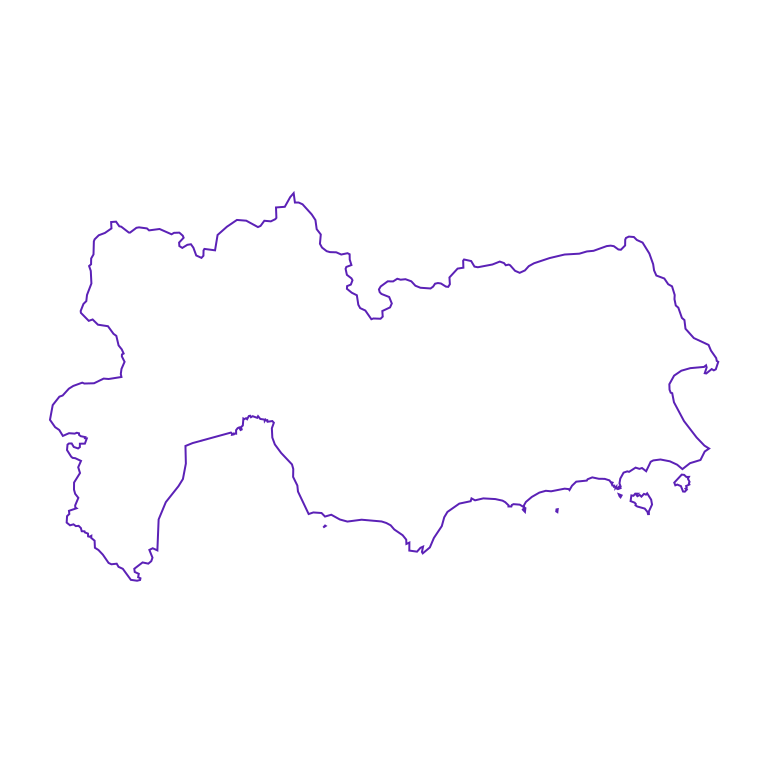 outline of Ketapang, Kalimantan Barat, Indonesia, rotated 269°
{"feature_id": "22746128B56277764926455", "entity_name": "Ketapang", "entity_type": "district", "adm_level": 2, "iso_a3": "IDN", "parent_name": "Indonesia", "parent_adm1": "Kalimantan Barat", "projection": "albers", "projection_center": [110.267, -1.697], "detail": "fine", "context": "isolated", "style": "outline", "palette": "violet", "viewbox_px": 768, "rotation_deg": 269, "n_neighbors": 0, "source": "geoboundaries", "source_scale": "gbopen_adm2", "svg_char_len": 6092}
<svg xmlns="http://www.w3.org/2000/svg" viewBox="0 0 768 768"><g transform="rotate(269 384 384)"><path d="M255.3,306.4L256.8,311.1L256.1,319.3L252.5,322.7L254.2,329.0L249.3,337.5L247.1,345.0L248.7,359.2L246.6,379.2L245.0,383.9L242.6,388.2L238.4,391.7L232.5,400.0L228.0,403.5L223.7,403.6L225.0,406.6L217.0,406.4L215.8,414.1L219.6,417.6L220.7,420.2L215.4,419.0L214.0,419.8L219.8,427.0L229.2,431.2L240.9,439.3L249.7,441.9L255.0,445.2L263.1,457.2L265.3,468.6L268.1,469.5L266.1,473.0L267.9,481.3L267.0,493.3L265.3,500.5L263.7,503.2L260.5,506.4L259.4,506.3L259.3,509.2L260.8,509.7L261.6,511.4L261.0,517.6L258.6,521.4L257.5,521.9L256.0,520.6L253.7,522.7L257.4,523.2L257.9,522.2L260.0,521.7L263.6,523.8L268.5,529.8L272.7,537.4L274.4,543.9L273.8,549.2L276.2,562.8L275.7,566.8L274.7,567.6L279.0,570.2L283.0,574.5L283.9,585.1L285.2,585.9L287.0,590.6L285.5,597.1L285.3,603.0L283.7,607.7L281.0,609.6L281.8,609.7L281.4,610.8L280.1,610.0L278.5,610.6L278.4,612.3L277.2,612.2L277.2,613.7L276.1,613.6L277.2,614.5L275.6,614.4L275.1,615.5L277.3,617.2L277.7,618.7L280.6,617.7L285.3,618.6L291.2,622.0L292.4,625.7L291.9,627.5L296.0,634.1L294.7,637.9L295.5,640.5L292.2,644.6L301.6,649.3L302.9,651.9L303.7,659.1L301.7,668.5L298.2,675.7L293.7,680.9L299.5,688.6L302.5,699.1L310.9,703.5L313.8,707.9L316.8,703.3L325.1,695.6L341.7,683.3L360.7,673.6L369.8,672.0L370.3,670.5L373.3,669.4L378.8,669.3L387.3,674.2L392.1,681.5L394.5,690.5L395.5,704.3L397.1,706.3L395.0,706.9L389.2,704.9L388.9,706.4L393.2,711.9L391.9,714.0L392.9,716.0L400.3,718.6L401.3,717.1L404.1,716.6L411.7,711.5L417.4,709.2L424.5,694.6L434.0,686.4L442.7,685.5L444.9,683.0L455.2,679.6L457.4,677.1L463.8,675.9L467.9,676.2L476.6,673.7L478.8,669.9L484.6,666.1L487.7,658.2L492.9,656.0L499.1,655.2L509.8,651.6L520.9,645.0L523.6,639.3L526.6,636.4L527.1,631.4L525.8,628.5L524.1,627.7L518.3,627.5L514.1,623.2L514.4,620.7L517.8,616.2L518.4,613.0L518.0,609.1L513.5,595.8L513.0,589.2L510.9,581.6L510.3,566.8L507.0,551.7L502.1,536.1L499.3,530.8L495.1,526.9L492.8,521.6L494.9,517.0L500.5,512.2L501.2,510.8L500.6,507.8L502.8,506.1L504.4,501.9L501.6,494.5L499.1,479.9L499.8,476.5L505.4,473.3L507.1,466.2L505.9,465.3L498.9,465.4L498.1,459.6L489.4,451.3L482.6,451.6L480.0,449.9L480.3,447.6L483.5,442.7L484.0,439.7L483.4,436.8L480.5,434.8L478.7,432.2L479.6,422.1L481.7,417.1L486.2,413.1L488.4,407.3L488.0,402.4L489.0,399.1L486.4,394.9L486.6,389.5L481.6,382.4L478.7,380.6L475.9,381.3L474.1,383.0L470.9,390.7L464.4,393.2L460.5,391.4L457.0,383.6L451.4,383.9L449.3,381.7L449.7,374.6L449.0,372.5L457.8,366.6L460.3,361.5L463.7,359.7L473.2,358.4L475.8,353.4L479.8,348.6L482.5,348.8L484.0,352.6L488.3,354.3L490.2,353.3L493.8,348.8L499.8,347.6L501.7,348.4L503.5,353.5L509.0,351.9L514.3,351.9L515.4,349.8L514.2,343.5L516.5,338.6L516.8,332.3L517.8,329.0L521.5,324.4L525.3,322.4L534.6,323.4L540.0,319.4L549.1,318.3L554.8,314.7L565.1,305.7L566.9,301.9L567.0,298.1L576.4,297.0L572.5,293.5L562.9,287.9L562.4,279.1L552.0,279.3L550.7,278.2L548.6,273.7L549.3,267.2L544.2,263.3L543.1,260.7L549.7,249.1L550.6,239.8L544.0,229.7L535.9,220.2L520.6,217.4L522.2,206.8L520.7,205.9L515.4,205.7L513.3,203.7L515.8,198.5L523.6,195.8L527.1,193.4L526.6,189.8L523.6,184.7L525.5,181.8L529.0,181.6L533.7,186.2L535.8,185.4L538.9,182.0L538.8,176.7L537.4,174.2L542.9,162.3L541.7,151.8L543.7,149.7L544.9,141.8L544.5,139.2L539.8,132.7L539.9,131.5L545.9,124.0L546.3,122.1L551.0,118.9L550.7,114.0L544.3,114.2L539.9,107.6L537.7,101.4L533.7,97.2L531.7,96.4L518.6,95.8L514.6,93.4L508.8,93.2L507.1,91.2L502.2,92.8L489.6,93.2L478.2,88.6L472.1,87.8L469.3,84.9L462.3,82.0L460.4,82.2L452.3,89.9L453.6,93.8L448.3,99.0L446.6,109.0L438.9,114.4L436.8,117.2L427.2,119.3L423.2,122.4L419.0,124.2L418.1,122.5L416.1,122.4L410.7,125.0L403.7,121.8L398.6,121.0L395.6,121.6L393.8,108.8L394.3,103.8L389.8,94.1L389.7,84.4L390.6,82.3L387.5,73.3L384.8,68.8L378.1,62.5L377.0,59.2L368.7,52.4L354.0,49.4L346.6,54.4L343.7,58.5L337.7,62.0L340.3,68.2L339.8,73.9L340.6,76.0L340.0,78.2L338.5,78.2L337.1,79.9L336.1,84.5L335.0,84.1L334.8,85.9L329.6,83.9L329.6,78.9L326.2,78.8L324.9,77.0L326.5,72.7L330.0,70.7L330.0,67.9L328.9,66.5L323.5,65.9L316.9,69.9L315.6,71.3L315.2,74.0L312.4,79.7L306.1,76.8L300.3,78.5L290.9,72.4L283.8,72.2L279.6,73.3L275.5,76.4L268.0,73.1L266.0,73.2L265.1,74.4L262.7,66.8L259.5,67.1L257.4,64.8L251.0,64.3L248.2,67.6L249.1,71.1L247.3,73.4L247.5,76.2L245.3,78.4L242.1,79.2L241.9,82.0L240.8,82.4L239.6,85.4L236.8,85.5L236.4,87.0L237.3,88.7L235.2,88.6L232.4,91.9L225.3,92.1L223.0,95.6L218.3,99.9L209.9,105.5L208.5,108.3L209.0,113.6L205.8,115.4L203.8,119.6L192.6,127.5L191.6,133.7L192.3,136.7L194.0,137.1L195.1,134.8L198.5,135.5L200.4,131.5L203.6,131.1L209.8,139.5L208.5,145.2L210.9,148.2L214.4,149.5L222.2,146.5L223.8,149.9L221.6,154.5L252.5,156.3L269.7,163.8L285.4,176.7L292.5,181.3L307.9,184.5L325.5,184.4L328.3,191.7L338.1,230.1L336.9,231.3L335.9,231.1L336.2,232.9L335.5,233.0L337.1,233.1L336.9,235.3L340.4,235.3L342.4,236.9L343.1,238.4L340.5,239.8L341.0,240.9L343.5,240.3L344.9,242.1L351.9,242.8L351.3,243.7L352.2,245.5L351.2,246.5L354.3,248.3L354.6,249.6L353.1,250.4L354.1,252.1L352.4,256.6L354.0,257.5L351.2,259.7L350.5,264.0L349.3,264.1L350.5,264.9L349.5,265.9L349.8,266.7L348.3,267.0L348.9,271.7L347.2,273.2L341.7,271.1L332.4,271.4L325.5,273.8L316.8,280.0L305.2,290.6L300.6,291.8L292.7,291.5L284.0,295.6L278.0,296.1L255.3,306.4ZM268.3,629.4L262.6,628.5L261.0,632.5L259.6,633.7L258.3,633.3L257.1,635.1L254.9,642.5L251.5,645.2L249.3,645.7L249.3,646.6L252.0,646.6L258.8,649.9L263.7,649.1L270.1,645.2L268.8,644.0L269.6,642.0L266.9,639.4L268.6,637.7L267.4,635.4L269.0,634.2L269.9,635.5L270.0,633.3L267.9,631.5L268.3,629.4ZM280.3,672.5L277.6,673.5L278.3,675.5L276.7,679.1L271.3,681.1L271.1,682.9L273.1,684.9L274.1,683.7L274.9,684.9L276.7,684.3L278.2,687.6L279.5,687.1L280.8,687.8L284.0,686.2L285.8,687.2L285.8,684.7L287.9,682.5L288.2,680.1L280.3,672.5ZM269.7,616.8L267.6,617.6L266.6,618.5L268.5,619.6L269.7,616.8ZM253.6,554.0L252.9,555.1L255.8,555.5L255.6,554.3L253.6,554.0ZM243.5,322.6L241.6,320.8L243.1,323.2L243.5,322.6ZM276.1,619.6L275.6,616.8L275.1,616.8L276.1,619.6Z" fill="none" stroke="#5b21b6" stroke-width="2"/></g></svg>